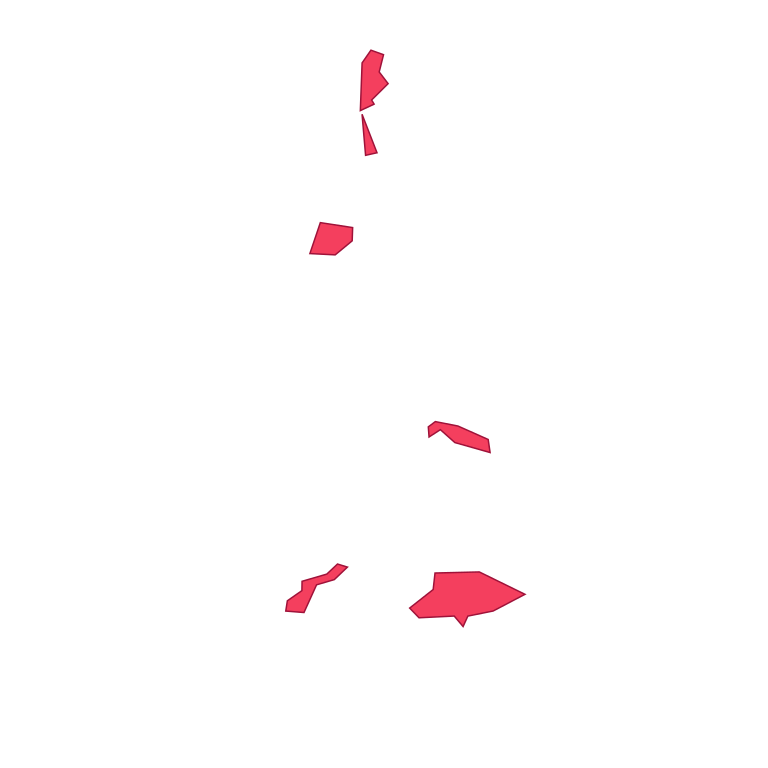 Notio Aigaio, orthographic projection, rotated 46°
{"feature_id": "GRC-3013", "entity_name": "Notio Aigaio", "entity_type": "Region", "adm_level": 1, "iso_a3": "GRC", "parent_name": "Greece", "parent_adm1": "", "projection": "orthographic", "projection_center": [25.984, 36.675], "detail": "coarse", "context": "isolated", "style": "filled", "palette": "rose", "viewbox_px": 768, "rotation_deg": 46, "n_neighbors": 0, "source": "natural_earth", "source_scale": "10m", "svg_char_len": 775}
<svg xmlns="http://www.w3.org/2000/svg" viewBox="0 0 768 768"><g transform="rotate(46 384 384)"><path d="M633.2,428.7L623.1,463.2L609.2,484.9L613.4,495.6L599.7,494.7L576.5,521.2L563.0,521.2L566.0,491.4L555.4,478.6L585.4,446.0L633.2,428.7ZM249.7,297.9L258.9,307.4L257.2,329.4L238.7,346.7L223.7,317.7L249.7,297.9ZM175.8,196.7L170.9,211.1L137.8,176.7L134.8,161.5L146.8,155.6L156.2,170.7L170.8,172.4L171.1,195.6L175.8,196.7ZM481.6,572.0L492.8,600.3L479.1,612.4L472.8,604.1L475.6,586.6L469.0,580.0L481.0,557.2L481.2,542.5L490.3,537.5L490.2,555.6L481.6,572.0ZM496.3,347.6L507.0,355.3L475.4,373.7L456.0,375.2L453.4,388.4L445.6,381.9L446.7,373.2L465.6,360.0L496.3,347.6ZM206.7,238.4L174.7,212.4L212.8,228.4L206.7,238.4Z" fill="#f43f5e" stroke="#9f1239" stroke-width="1.5"/></g></svg>